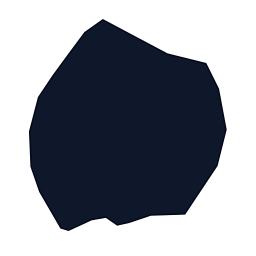 Kasaji, Katanga, Democratic Republic of the Congo (Equal Earth projection), rotated 184°
{"feature_id": "63176286B96753486418064", "entity_name": "Kasaji", "entity_type": "district", "adm_level": 2, "iso_a3": "COD", "parent_name": "Democratic Republic of the Congo", "parent_adm1": "Katanga", "projection": "equal_earth", "projection_center": [23.457, -10.361], "detail": "fine", "context": "isolated", "style": "filled", "palette": "ink", "viewbox_px": 256, "rotation_deg": 184, "n_neighbors": 0, "source": "geoboundaries", "source_scale": "gbopen_adm2", "svg_char_len": 428}
<svg xmlns="http://www.w3.org/2000/svg" viewBox="0 0 256 256"><g transform="rotate(184 128 128)"><path d="M180.2,21.9L158.0,34.1L143.7,37.6L131.9,30.6L120.2,34.1L99.3,42.8L65.4,46.3L36.7,96.7L30.2,133.2L40.6,173.2L54.9,197.6L94.1,204.5L125.4,218.4L160.6,234.1L177.6,220.2L193.2,195.8L206.3,175.0L219.3,152.3L225.8,117.6L221.9,82.8L211.5,58.4L188.0,23.7L180.2,21.9Z" fill="#0f172a" stroke="#020617" stroke-width="1.5"/></g></svg>